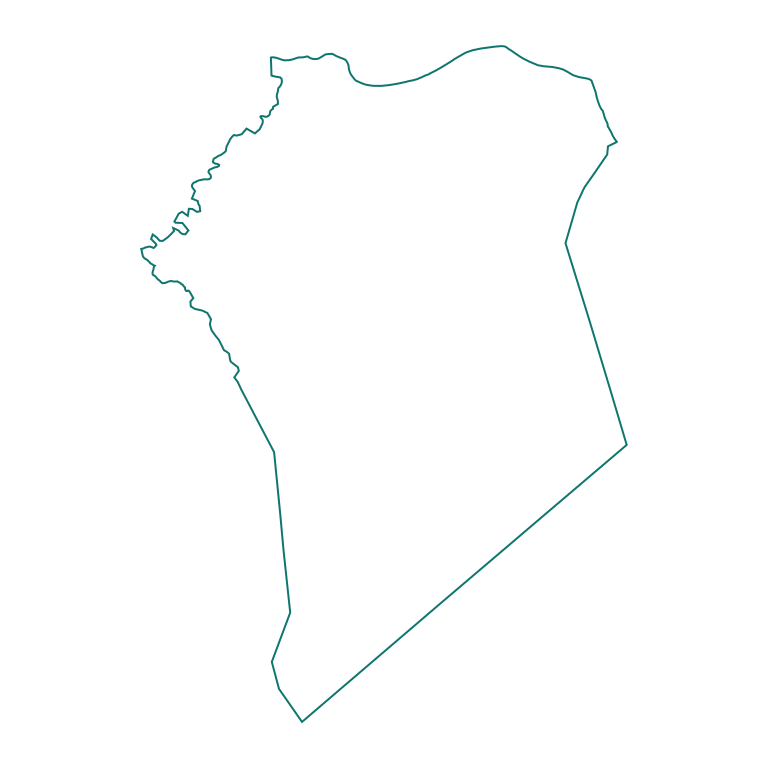 outline of North-East, Guadalcanal, Solomon Islands
{"feature_id": "97153195B83197530845720", "entity_name": "North-East", "entity_type": "district", "adm_level": 2, "iso_a3": "SLB", "parent_name": "Solomon Islands", "parent_adm1": "Guadalcanal", "projection": "orthographic", "projection_center": [160.275, -9.538], "detail": "fine", "context": "isolated", "style": "outline", "palette": "teal", "viewbox_px": 768, "rotation_deg": 0, "n_neighbors": 0, "source": "geoboundaries", "source_scale": "gbopen_adm2", "svg_char_len": 4024}
<svg xmlns="http://www.w3.org/2000/svg" viewBox="0 0 768 768"><path d="M616.8,141.8L615.4,140.0L613.6,137.2L612.5,135.3L611.7,133.2L608.5,127.4L608.0,126.9L607.7,125.9L607.6,124.1L607.2,123.0L605.0,118.4L602.8,110.9L601.5,109.4L599.6,105.9L598.6,103.2L596.9,98.0L595.5,91.6L594.7,89.6L591.6,80.8L590.8,80.0L589.5,79.3L587.4,78.6L579.1,77.1L573.1,75.2L567.6,71.9L565.0,70.5L562.8,69.4L558.8,68.2L552.4,67.0L543.1,66.2L540.7,65.7L538.1,65.3L529.3,61.6L523.5,58.7L520.0,56.6L510.1,49.8L508.7,49.1L507.2,47.8L504.7,46.4L501.3,46.1L494.3,46.7L481.0,48.5L472.8,50.2L468.6,51.6L466.7,52.2L463.8,53.7L454.4,59.1L452.6,60.4L449.7,62.3L440.3,68.0L435.7,70.6L430.3,73.3L428.7,74.3L425.3,75.5L422.0,77.1L419.3,78.2L417.3,79.1L413.0,80.3L408.9,81.1L405.0,82.1L398.6,83.5L392.8,84.5L388.3,85.2L381.1,85.9L376.5,85.9L373.3,85.8L370.7,85.5L366.7,84.8L365.2,84.5L361.4,83.1L355.9,80.6L354.6,79.4L350.9,74.5L349.8,72.0L349.0,69.5L348.5,65.3L347.5,62.8L345.9,60.2L343.8,59.0L339.8,57.5L336.4,56.1L332.6,54.0L331.9,53.8L325.8,54.3L324.8,54.8L319.3,58.2L316.9,59.0L314.2,59.1L312.5,58.8L310.2,58.1L307.9,56.5L306.6,56.5L303.3,57.3L298.2,57.5L294.1,58.9L291.4,59.7L288.6,60.2L284.4,60.3L282.4,59.9L276.7,57.9L273.3,57.3L271.8,57.3L270.9,57.6L271.5,75.6L275.4,76.6L280.2,77.4L281.6,78.8L281.9,81.5L281.5,83.7L280.2,86.1L278.3,88.2L277.8,91.5L276.8,95.3L276.7,96.7L277.9,101.2L277.9,104.0L273.1,106.8L273.1,107.9L272.8,109.0L271.8,109.5L270.7,110.6L270.1,111.7L269.6,114.7L268.8,115.6L267.3,116.5L266.5,116.8L265.0,116.7L263.3,116.2L261.8,116.1L260.6,116.3L260.4,116.7L260.8,117.7L262.2,119.1L262.6,119.8L262.8,121.1L262.7,122.5L262.3,124.0L260.8,126.9L259.8,129.1L254.9,133.4L246.5,128.6L241.8,134.2L236.7,135.6L233.9,135.0L231.9,136.9L230.9,138.4L230.1,139.2L229.7,140.1L229.4,141.2L228.7,142.3L227.3,145.1L226.7,146.2L226.2,148.3L226.0,150.2L225.5,151.5L223.6,153.0L221.1,154.8L218.2,156.0L216.0,157.5L214.1,158.5L213.5,159.3L213.1,161.2L212.9,161.6L213.2,162.5L215.2,163.6L216.7,163.8L217.9,164.2L219.2,165.0L219.0,165.8L218.4,166.3L216.4,167.2L215.0,167.3L210.9,169.1L209.8,169.6L209.1,170.2L208.5,171.5L208.6,172.4L209.2,173.3L210.6,175.1L210.8,175.8L210.9,177.7L210.4,178.4L209.1,179.1L208.2,179.3L206.0,179.4L204.7,179.3L203.1,179.4L201.8,179.8L199.3,180.3L197.6,180.9L196.3,181.5L195.5,182.1L194.4,182.4L193.4,183.0L192.6,184.0L191.9,185.5L192.1,186.9L193.1,188.5L194.2,189.9L195.0,191.0L191.9,198.6L197.7,201.0L198.4,204.1L199.6,205.9L200.2,211.2L197.0,211.9L192.4,209.0L188.9,208.8L187.8,215.8L182.2,211.8L178.7,213.7L174.4,221.6L175.5,222.7L182.4,223.0L188.4,230.5L185.4,234.3L182.6,234.1L180.4,232.7L178.7,230.6L173.2,228.0L174.0,231.1L167.9,237.2L162.8,240.9L159.7,240.8L156.6,237.3L152.7,234.5L151.1,239.0L156.0,243.9L156.4,245.1L155.1,246.7L153.6,248.0L150.8,246.8L148.8,246.6L146.5,247.3L145.2,247.5L143.1,248.6L141.3,248.9L142.7,255.6L143.0,256.6L144.6,258.4L147.2,259.9L149.5,262.1L149.6,262.4L150.6,263.5L151.5,263.8L153.2,265.1L154.8,265.7L154.3,266.3L153.7,267.5L153.5,269.5L152.8,271.3L152.5,273.2L152.6,274.2L152.9,274.8L153.5,275.3L154.5,275.7L155.4,276.4L157.7,279.2L160.1,281.0L160.7,282.0L162.6,283.2L164.9,283.0L166.5,282.5L167.3,282.0L169.1,281.4L171.4,280.9L172.5,281.4L174.1,281.5L176.0,281.5L177.3,281.4L180.6,283.2L181.3,284.2L182.6,284.6L183.9,286.5L184.8,287.2L185.0,287.7L185.2,289.3L185.4,289.9L186.3,291.0L187.4,291.0L187.9,290.6L188.5,290.6L189.6,291.6L193.3,298.1L190.4,301.6L190.8,306.4L194.8,308.9L202.1,310.5L207.4,313.0L211.0,319.3L209.9,324.0L210.3,326.1L211.7,330.5L215.5,335.8L218.9,339.9L224.0,350.2L226.9,351.9L229.1,353.7L230.2,360.4L231.1,362.0L238.0,367.3L238.8,370.9L234.3,377.4L237.7,381.9L241.0,389.0L241.4,389.8L274.1,452.2L280.0,511.8L280.3,514.9L283.5,550.0L290.2,612.6L290.0,613.2L271.8,661.9L279.0,688.9L302.0,721.9L442.1,602.0L515.2,539.8L541.7,517.2L551.0,509.3L564.5,497.8L626.7,444.9L610.2,389.5L589.0,319.1L565.5,243.2L577.3,202.5L581.2,194.3L583.0,190.3L584.9,186.7L593.3,174.8L607.2,154.5L608.0,146.3L616.0,142.4L616.8,141.8Z" fill="none" stroke="#0f766e" stroke-width="2"/></svg>